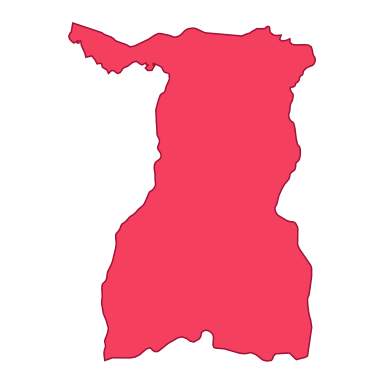 the border of Surin
{"feature_id": "THA-443", "entity_name": "Surin", "entity_type": "Province", "adm_level": 1, "iso_a3": "THA", "parent_name": "Thailand", "parent_adm1": "", "projection": "natural_earth1", "projection_center": [103.631, 14.911], "detail": "fine", "context": "isolated", "style": "filled", "palette": "rose", "viewbox_px": 384, "rotation_deg": 0, "n_neighbors": 0, "source": "natural_earth", "source_scale": "10m", "svg_char_len": 4763}
<svg xmlns="http://www.w3.org/2000/svg" viewBox="0 0 384 384"><path d="M244.0,353.7L239.2,353.1L224.3,348.8L215.7,348.1L213.8,347.3L213.0,344.6L213.5,337.6L212.9,334.6L211.4,332.7L209.3,331.2L206.8,330.3L204.3,330.5L201.8,332.1L201.1,334.3L200.7,336.7L199.1,339.0L193.9,342.0L190.2,341.1L186.8,338.6L182.3,336.9L178.1,337.7L168.3,343.3L158.8,350.9L156.9,351.7L154.3,351.4L152.3,350.0L151.0,348.5L150.1,347.8L146.4,349.0L139.4,354.9L135.0,357.1L129.6,357.9L112.5,357.8L104.8,360.5L104.8,360.4L104.0,354.2L104.1,352.2L104.4,350.1L105.5,346.8L105.4,345.0L104.8,342.1L104.7,340.6L105.3,338.7L106.2,336.8L107.6,332.7L108.1,330.4L108.3,328.6L108.2,327.4L106.2,320.4L103.4,313.7L101.7,303.7L101.7,300.7L102.3,296.7L101.9,289.8L102.0,286.7L102.2,284.7L102.7,283.9L105.2,281.3L105.8,280.6L106.2,279.6L106.7,278.3L107.4,272.9L107.7,271.7L111.2,264.8L112.6,260.9L115.7,247.9L116.3,243.3L115.6,236.7L115.8,235.1L116.1,233.8L117.3,232.3L118.6,231.1L120.0,228.6L121.0,225.7L121.8,224.4L122.7,223.5L124.3,222.6L125.0,222.1L125.7,221.5L129.3,217.4L129.9,216.8L134.4,213.8L135.7,212.5L138.6,209.1L142.1,206.3L143.3,205.1L143.7,204.6L145.4,201.4L149.2,192.5L150.2,191.3L151.0,191.0L152.1,190.3L153.2,189.2L154.7,187.0L155.3,185.5L155.6,184.1L155.2,180.7L155.0,173.3L154.3,169.3L154.3,166.6L154.5,165.1L154.8,163.8L155.3,162.9L155.8,162.1L156.5,161.5L158.1,160.4L160.3,158.5L160.9,157.2L161.1,156.0L161.0,154.9L160.8,153.9L160.5,153.0L159.5,151.4L158.8,150.5L158.3,149.6L157.6,147.8L157.9,146.2L158.8,144.1L159.3,142.6L159.5,141.3L159.4,140.1L159.1,139.0L158.8,138.1L157.8,136.6L157.4,135.7L157.1,134.7L157.0,133.6L156.9,128.7L156.3,121.5L156.3,117.8L155.8,110.7L156.2,108.3L158.6,99.7L160.2,95.3L161.4,93.9L163.8,92.6L164.7,91.9L164.9,91.3L165.8,87.8L166.5,85.8L169.0,80.4L169.7,77.0L169.1,76.7L169.1,75.6L169.4,74.5L168.8,73.5L167.5,72.9L166.3,72.8L165.1,72.5L163.7,71.3L161.9,67.8L161.8,67.3L158.1,65.2L153.2,63.4L153.2,65.2L154.9,65.2L151.9,70.4L147.6,70.5L145.3,68.0L148.2,65.2L147.3,65.0L146.6,65.0L146.2,64.8L146.3,63.4L144.7,63.4L142.3,64.9L140.0,64.0L137.9,62.3L136.1,61.4L132.9,62.3L127.4,66.4L124.8,67.3L123.2,68.2L120.2,72.5L117.8,73.5L115.9,72.5L114.0,70.8L111.6,70.5L108.4,73.5L107.1,70.1L102.4,67.2L101.4,63.4L99.8,63.4L97.1,63.9L95.0,59.8L91.8,55.9L85.9,57.3L84.8,53.0L81.4,45.5L80.7,41.0L79.0,41.0L79.0,43.0L77.2,43.0L77.2,41.0L76.3,41.7L73.7,43.0L71.3,41.0L69.5,38.8L68.8,36.2L70.2,32.9L71.2,32.1L72.8,23.0L101.9,32.7L102.7,33.3L103.4,33.9L104.8,34.7L111.0,37.0L112.8,38.1L114.0,39.1L114.5,39.8L115.2,40.4L116.9,41.3L126.4,44.7L130.1,46.9L134.5,46.0L148.9,39.1L154.1,35.5L157.4,33.9L158.4,33.6L159.5,33.5L161.5,33.7L169.4,35.4L173.3,36.9L174.6,37.1L176.1,37.0L178.5,36.2L179.8,35.5L180.8,34.8L185.2,30.3L186.1,29.8L187.7,29.0L188.6,28.7L192.7,28.1L194.3,28.2L196.3,28.8L205.0,32.8L241.8,36.0L245.2,34.5L248.8,33.3L249.6,33.2L252.1,31.4L256.9,28.7L264.0,28.7L265.2,28.3L266.2,27.2L267.4,26.4L269.2,26.8L269.6,27.9L270.0,31.6L270.8,32.9L273.0,34.6L274.7,35.4L277.0,35.5L281.2,35.1L279.6,39.5L282.0,41.0L286.2,40.4L289.9,38.8L290.1,42.5L292.3,44.4L295.8,44.9L304.5,44.7L308.4,45.1L311.2,46.8L312.3,50.2L313.0,54.5L315.1,58.1L315.2,60.9L314.3,63.2L313.6,64.4L312.8,65.2L311.9,65.6L308.4,67.0L306.7,67.8L306.0,68.4L304.1,70.3L303.6,71.0L303.2,72.0L303.0,73.3L302.6,74.6L301.8,75.3L300.9,75.7L300.1,76.5L299.5,77.8L299.1,80.2L298.3,81.4L297.4,82.3L296.2,82.8L295.9,83.1L295.8,83.4L295.3,84.9L294.9,85.8L294.2,86.4L293.4,86.9L292.5,87.1L291.6,87.1L290.7,87.3L290.3,88.1L290.3,89.4L291.1,91.5L291.8,92.6L292.6,93.5L293.1,94.7L293.1,96.4L292.5,99.9L291.8,101.6L291.1,102.8L290.6,104.0L290.1,105.9L289.9,109.7L289.5,111.7L288.8,114.2L288.7,115.6L288.9,117.2L289.9,119.7L290.8,120.8L291.8,121.6L293.4,122.7L294.2,125.0L295.0,128.9L296.1,138.2L297.5,144.5L299.3,146.4L299.9,147.8L300.3,150.0L300.3,154.3L299.7,158.1L299.0,160.0L298.2,161.0L297.5,161.5L296.4,162.7L296.0,163.2L295.8,164.0L295.5,167.5L295.1,168.8L294.7,169.8L294.0,170.5L291.1,172.6L290.6,173.3L290.1,174.2L289.8,175.2L289.5,177.4L288.7,179.3L284.1,184.9L281.3,190.0L280.2,192.8L279.7,193.7L278.9,195.6L277.1,202.9L276.3,205.1L275.8,205.9L274.9,207.7L274.9,209.0L275.2,210.6L276.3,213.0L277.2,214.3L278.0,215.3L286.7,220.5L288.5,221.2L290.6,221.7L291.7,221.7L293.9,222.1L294.7,222.5L295.4,223.2L295.9,223.9L297.6,227.2L297.8,229.2L297.6,244.0L298.0,245.8L299.9,249.7L310.6,265.2L310.9,266.0L311.6,268.1L311.6,276.6L309.1,294.4L307.6,298.3L307.5,300.7L307.7,304.1L308.6,311.9L309.8,317.6L310.2,318.5L310.7,320.5L311.7,327.3L307.5,355.9L307.5,356.0L307.3,356.1L305.0,357.4L296.3,359.6L289.4,353.0L275.7,353.8L273.3,356.3L272.7,358.6L271.4,360.4L266.9,361.0L263.2,360.1L260.4,358.2L257.9,356.0L255.1,354.2L251.5,352.8L249.3,352.8L247.3,353.4L244.0,353.7Z" fill="#f43f5e" stroke="#9f1239" stroke-width="1.5"/></svg>